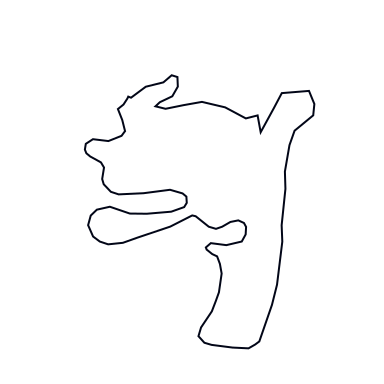 outline of Yangiabad, Sirdaryo, Uzbekistan, rotated 111°
{"feature_id": "79887680B4215620522937", "entity_name": "Yangiabad", "entity_type": "district", "adm_level": 2, "iso_a3": "UZB", "parent_name": "Uzbekistan", "parent_adm1": "Sirdaryo", "projection": "natural_earth1", "projection_center": [68.78, 39.988], "detail": "fine", "context": "isolated", "style": "outline", "palette": "ink", "viewbox_px": 384, "rotation_deg": 111, "n_neighbors": 0, "source": "geoboundaries", "source_scale": "gbopen_adm2", "svg_char_len": 1346}
<svg xmlns="http://www.w3.org/2000/svg" viewBox="0 0 384 384"><g transform="rotate(111 192 192)"><path d="M125.8,285.7L127.8,285.8L134.9,287.3L141.1,290.9L149.8,282.9L159.2,276.3L160.4,276.7L164.8,277.9L174.4,288.3L178.2,303.4L185.1,308.4L190.8,307.2L193.7,304.5L195.3,299.8L197.0,287.6L200.7,282.9L212.1,280.5L216.4,277.2L220.9,267.8L220.5,259.6L210.5,236.8L197.8,213.3L196.7,200.3L198.3,195.6L204.0,193.0L208.9,193.9L217.8,204.3L228.5,226.4L234.4,242.3L235.2,263.4L242.6,274.5L250.3,278.1L260.2,277.1L269.0,268.4L271.3,260.3L270.9,251.5L264.2,238.3L254.0,226.4L232.1,199.9L213.8,183.4L213.3,179.9L218.4,163.9L217.8,156.4L213.6,151.4L206.2,145.4L201.9,138.6L202.3,132.4L205.2,129.0L212.4,126.7L220.4,127.8L229.3,140.9L233.0,156.1L238.8,159.2L240.5,157.7L242.7,150.9L243.1,145.5L249.1,140.2L257.5,135.1L276.0,130.9L285.3,130.7L296.3,130.7L315.2,135.0L324.3,134.3L328.3,126.4L327.7,118.9L322.7,98.4L317.7,83.2L311.8,78.4L307.4,75.6L268.7,76.9L248.1,79.4L233.7,83.0L206.0,89.9L190.9,96.4L155.6,105.9L139.6,112.6L113.3,117.8L98.0,118.2L77.0,106.3L66.0,109.3L55.7,119.0L67.5,143.6L84.1,145.6L111.6,149.3L97.0,158.2L104.0,168.1L101.1,191.4L104.3,215.0L114.0,231.1L123.8,246.5L125.1,256.8L119.7,254.2L109.7,244.7L98.7,243.0L89.9,246.8L90.3,252.8L99.9,258.0L110.3,272.9L125.8,282.7L125.8,285.7Z" fill="none" stroke="#020617" stroke-width="2"/></g></svg>